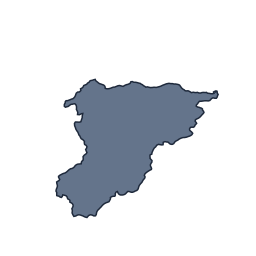 outline of Rubim, Minas Gerais, Brazil, rotated 60°
{"feature_id": "56859067B36353368141543", "entity_name": "Rubim", "entity_type": "district", "adm_level": 2, "iso_a3": "BRA", "parent_name": "Brazil", "parent_adm1": "Minas Gerais", "projection": "mercator", "projection_center": [-40.494, -16.442], "detail": "fine", "context": "isolated", "style": "filled", "palette": "slate", "viewbox_px": 256, "rotation_deg": 60, "n_neighbors": 0, "source": "geoboundaries", "source_scale": "gbopen_adm2", "svg_char_len": 4907}
<svg xmlns="http://www.w3.org/2000/svg" viewBox="0 0 256 256"><g transform="rotate(60 128 128)"><path d="M69.5,132.1L69.1,133.5L68.8,135.2L68.3,136.4L68.2,137.5L68.9,138.8L68.9,140.6L69.5,142.0L69.3,143.4L69.1,145.1L70.1,146.5L70.4,147.9L70.3,149.5L72.0,150.1L72.5,152.0L71.7,153.7L72.0,155.4L72.8,156.4L73.6,157.3L74.3,158.3L74.8,159.5L75.1,161.1L74.7,162.6L74.6,163.8L74.4,164.9L74.1,166.7L73.4,168.0L73.8,169.1L74.9,169.9L75.7,171.3L77.3,172.3L78.7,171.8L79.0,170.5L79.4,169.1L79.2,167.3L79.0,165.6L79.6,164.3L79.9,163.1L80.4,161.9L82.2,161.5L83.7,161.9L85.0,162.6L86.1,163.4L87.4,163.4L89.4,163.7L91.1,165.0L92.2,163.5L92.3,162.0L92.4,160.9L92.8,159.9L93.7,160.7L94.8,161.7L95.8,162.2L96.8,163.2L98.0,164.6L99.0,165.7L98.6,167.3L97.8,168.5L97.1,169.5L96.5,170.6L97.3,172.1L99.4,173.1L101.2,173.3L102.7,173.7L104.0,173.7L105.1,173.7L106.3,173.5L108.0,173.7L109.5,174.0L110.8,173.7L112.4,173.9L114.0,173.9L115.3,173.0L116.7,172.7L117.8,172.4L119.0,173.3L120.6,173.8L122.1,172.9L123.7,172.9L124.8,174.0L125.4,175.4L127.1,175.7L128.7,175.8L129.4,177.0L129.5,178.5L129.7,179.7L130.4,181.3L131.8,181.9L133.2,182.8L133.7,184.4L134.2,185.4L135.6,186.4L134.9,188.0L134.2,189.5L134.0,190.7L134.1,192.4L134.8,193.7L135.1,195.3L135.1,196.7L134.6,197.9L134.6,199.6L135.0,201.5L135.4,203.2L135.5,204.9L135.1,206.5L134.9,207.8L134.9,209.1L134.8,210.5L135.1,212.3L136.1,212.8L137.2,212.8L138.3,212.8L139.0,214.0L139.0,215.6L139.1,216.8L140.3,217.3L141.4,217.6L142.7,218.0L143.5,218.6L144.4,219.6L145.2,220.7L146.6,221.9L148.3,222.0L149.6,222.8L150.9,223.5L151.8,222.7L152.5,221.9L153.6,221.5L154.8,220.5L154.5,219.2L153.3,217.9L154.7,216.4L155.9,215.4L157.0,215.2L158.3,215.5L159.4,215.6L160.4,214.9L161.5,214.5L163.2,215.4L164.7,214.4L165.9,214.0L167.3,214.1L168.3,214.7L169.2,215.9L169.9,217.0L171.3,217.3L172.6,218.1L173.6,218.9L175.5,219.1L177.5,219.1L178.1,217.2L178.1,215.5L178.5,214.1L179.5,212.8L180.7,211.8L181.6,211.0L182.6,210.4L183.6,209.7L185.0,208.3L184.4,206.7L184.1,205.6L184.4,203.8L185.6,202.5L187.1,201.5L187.8,200.0L187.0,198.7L185.9,197.8L184.9,196.8L184.1,195.3L183.8,194.0L183.3,192.4L182.9,190.8L182.3,189.2L181.9,187.7L181.7,186.1L181.8,184.2L182.1,182.8L182.3,181.3L181.4,179.8L180.6,178.6L179.4,178.0L179.3,176.3L179.8,174.8L180.5,173.6L179.9,172.6L178.4,171.8L177.5,170.2L177.7,168.9L178.9,169.1L180.3,169.1L181.5,168.6L182.3,167.9L183.2,166.4L183.7,164.9L183.8,163.3L183.5,162.2L183.1,161.0L182.9,159.8L183.5,158.9L184.3,158.1L185.2,157.4L185.9,156.2L186.2,154.7L186.2,153.3L186.5,151.7L186.2,150.3L185.5,149.3L184.4,148.2L183.4,147.0L182.6,145.1L182.0,143.1L181.2,141.9L180.4,140.4L180.1,139.3L179.6,138.3L178.7,137.6L177.3,137.6L176.3,136.5L175.8,134.7L175.6,133.1L175.5,131.5L175.5,129.9L175.6,128.5L174.8,127.8L173.4,127.6L171.9,127.5L170.9,126.9L170.1,125.7L169.5,124.4L168.2,123.5L166.5,123.9L165.3,124.1L164.4,123.5L163.1,123.0L162.2,122.0L162.6,120.6L161.1,119.3L160.1,117.9L159.4,116.9L158.5,115.3L158.1,113.3L157.3,111.8L157.4,109.8L158.6,108.4L159.6,107.1L160.0,106.0L159.0,105.3L158.0,104.6L158.3,102.8L159.3,101.7L160.1,100.5L161.1,100.1L162.4,99.8L163.6,98.9L164.3,97.8L164.4,96.3L163.7,94.8L163.3,93.8L163.3,92.3L163.4,90.8L163.2,89.6L163.2,88.4L163.4,86.6L163.8,85.1L164.6,83.6L165.2,81.8L165.5,80.0L165.8,78.7L165.9,77.4L165.7,75.9L164.9,74.6L163.1,74.9L161.8,75.4L160.8,75.7L159.6,75.2L158.7,73.7L159.2,72.2L160.0,71.2L160.0,69.8L159.0,68.4L158.7,67.3L158.3,66.2L157.1,66.2L155.9,66.5L154.8,65.8L154.5,64.5L154.7,62.4L154.6,60.6L154.1,58.8L153.5,57.1L153.1,55.6L152.6,54.5L151.3,54.2L149.8,54.5L148.7,54.0L147.6,54.4L146.7,55.3L145.6,56.1L144.6,57.3L143.2,58.0L142.2,57.2L141.8,55.6L141.1,54.3L140.6,52.8L141.4,51.3L142.1,49.6L142.8,47.9L143.6,46.5L144.7,44.9L145.1,43.4L144.7,42.1L144.3,41.0L144.3,39.7L144.9,38.7L145.7,37.9L146.4,36.6L145.8,35.3L144.8,34.3L144.1,33.2L142.3,33.2L140.7,32.5L139.8,33.3L140.5,34.2L139.5,34.8L139.6,36.0L141.0,36.2L140.6,37.7L139.8,39.0L138.9,40.0L138.2,40.9L137.6,41.8L136.4,42.2L135.9,43.4L135.0,44.7L134.3,46.1L134.0,47.7L133.1,49.1L131.8,50.1L131.4,51.3L130.8,52.3L129.7,53.5L129.0,55.5L127.7,56.1L126.7,56.7L125.8,57.4L125.0,59.0L124.3,59.9L123.1,60.2L121.8,61.0L120.0,61.6L118.4,61.7L116.6,61.9L115.4,62.8L114.6,63.7L113.6,64.9L112.9,66.2L111.8,67.3L111.0,68.7L109.8,70.2L109.4,71.3L108.9,72.8L108.6,74.9L108.3,76.6L108.2,78.4L107.9,80.0L107.4,81.8L107.1,83.0L106.4,84.1L105.7,85.1L105.1,86.6L104.2,88.4L103.2,89.5L102.1,90.6L101.5,92.2L100.4,92.6L99.1,93.4L97.6,93.9L96.8,94.6L95.6,95.0L94.5,96.2L93.1,97.5L92.1,98.7L91.3,100.1L89.9,101.1L89.4,102.5L90.4,103.8L90.2,106.1L89.7,107.7L89.5,109.1L89.5,110.2L89.5,111.5L88.3,112.7L87.0,114.0L86.4,115.5L86.1,117.7L85.9,119.2L85.3,120.2L85.1,121.3L84.9,122.9L84.5,124.5L84.0,125.8L83.4,126.8L82.3,127.9L81.0,127.3L79.9,127.2L78.6,127.6L77.7,128.4L76.6,129.3L75.3,130.5L74.1,131.1L73.1,131.4L72.0,131.9L70.7,132.3L69.5,132.1Z" fill="#64748b" stroke="#1e293b" stroke-width="1.5"/></g></svg>